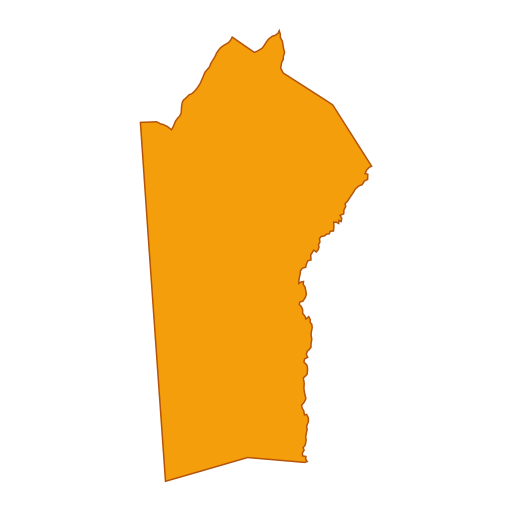 Bertolínia, Piauí, Brazil (Natural Earth projection)
{"feature_id": "56859067B83660365010269", "entity_name": "Bertolínia", "entity_type": "district", "adm_level": 2, "iso_a3": "BRA", "parent_name": "Brazil", "parent_adm1": "Piauí", "projection": "natural_earth1", "projection_center": [-43.815, -7.746], "detail": "fine", "context": "isolated", "style": "filled", "palette": "amber", "viewbox_px": 512, "rotation_deg": 0, "n_neighbors": 0, "source": "geoboundaries", "source_scale": "gbopen_adm2", "svg_char_len": 2216}
<svg xmlns="http://www.w3.org/2000/svg" viewBox="0 0 512 512"><path d="M332.7,104.9L325.6,100.2L283.2,73.0L280.7,68.2L281.7,62.2L283.3,59.4L283.4,56.1L284.6,52.7L283.6,48.6L283.0,45.0L282.4,41.3L280.3,37.3L280.3,34.1L279.2,30.7L278.0,33.3L275.1,35.4L272.3,36.2L268.5,39.1L266.3,42.1L263.9,45.9L262.0,48.3L259.4,49.9L256.8,51.4L254.3,52.4L232.2,37.1L230.9,39.8L228.6,42.5L223.1,45.8L220.5,47.8L218.4,50.4L216.6,53.0L215.0,56.6L210.6,63.8L209.7,66.7L204.9,72.3L202.5,78.2L200.1,83.6L197.4,87.8L194.1,91.7L191.7,93.8L189.1,94.8L186.9,97.1L183.2,100.4L182.1,103.2L181.5,107.1L181.2,112.8L179.9,115.8L177.8,118.0L175.6,120.9L173.3,126.5L171.5,129.8L167.4,126.5L162.9,124.4L160.3,123.8L156.7,121.8L140.4,122.4L149.1,249.0L150.2,264.5L165.5,481.3L247.7,457.5L250.8,457.8L304.7,462.4L307.2,461.5L305.7,459.2L305.9,456.5L302.7,455.9L302.3,453.1L304.1,450.2L303.1,447.5L304.8,445.8L305.7,442.9L306.1,440.0L305.7,436.9L306.4,432.8L307.1,429.6L306.6,426.3L308.5,421.1L308.3,417.9L306.6,414.4L304.5,414.9L303.7,410.7L302.1,408.1L301.6,405.3L304.3,402.0L305.9,398.6L304.5,392.5L303.9,388.6L304.2,383.3L303.3,377.9L305.3,376.2L307.1,374.2L307.5,370.6L307.5,368.0L306.8,365.0L303.9,361.9L304.7,358.7L307.7,357.4L306.3,354.4L307.3,351.3L309.1,349.6L311.0,347.3L311.0,343.6L311.8,339.3L311.0,334.4L311.6,330.6L312.2,327.7L311.8,324.3L310.2,322.4L310.2,319.5L308.7,316.6L305.9,319.1L305.0,316.3L302.7,313.4L302.6,309.3L301.0,306.2L299.2,304.4L299.9,302.0L302.9,301.2L305.4,297.3L306.4,294.1L305.7,290.1L304.9,286.8L303.2,284.4L303.5,281.5L301.2,281.9L298.8,283.5L298.9,280.3L299.3,277.8L300.1,274.3L300.5,270.7L302.6,268.1L305.7,267.3L306.2,264.6L307.8,260.8L311.0,259.9L310.7,255.1L312.0,252.9L313.8,250.1L316.3,252.0L318.2,249.6L319.0,247.2L318.5,244.5L319.9,242.2L319.5,238.4L321.0,236.6L324.5,235.9L326.8,234.0L329.2,233.9L330.3,231.2L333.5,231.0L333.9,226.5L333.7,222.1L336.5,222.3L338.7,223.5L339.0,220.4L341.1,221.6L341.7,218.4L340.1,215.3L343.7,213.9L343.9,210.1L345.7,206.3L345.1,203.6L347.6,201.1L350.1,197.2L352.1,194.3L353.7,191.9L355.2,189.2L358.7,186.0L362.1,184.7L364.3,181.1L367.6,179.4L367.8,174.3L365.1,173.6L366.8,169.8L369.4,167.2L371.6,166.2L332.7,104.9Z" fill="#f59e0b" stroke="#b45309" stroke-width="1.5"/></svg>